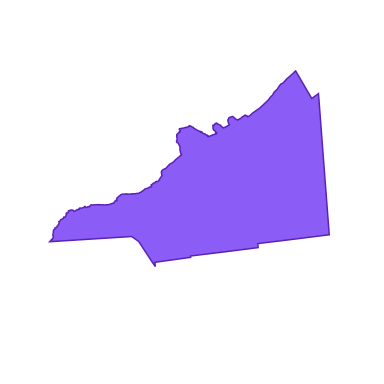 Belgrano, Santa Fe, Argentina, rotated 72°
{"feature_id": "61730980B4652577007654", "entity_name": "Belgrano", "entity_type": "district", "adm_level": 2, "iso_a3": "ARG", "parent_name": "Argentina", "parent_adm1": "Santa Fe", "projection": "equal_earth", "projection_center": [-61.815, -32.699], "detail": "fine", "context": "isolated", "style": "filled", "palette": "violet", "viewbox_px": 384, "rotation_deg": 72, "n_neighbors": 0, "source": "geoboundaries", "source_scale": "gbopen_adm2", "svg_char_len": 6063}
<svg xmlns="http://www.w3.org/2000/svg" viewBox="0 0 384 384"><g transform="rotate(72 192 192)"><path d="M275.1,74.7L193.1,54.8L137.5,41.3L140.1,49.2L108.9,56.0L109.1,56.8L110.0,58.2L113.8,67.1L116.2,71.2L116.5,71.9L116.8,74.2L117.3,75.0L119.2,77.6L120.4,78.8L122.3,82.9L123.7,84.4L124.3,85.0L124.7,85.4L125.9,88.0L127.0,89.5L127.4,90.0L128.3,91.4L133.2,101.9L135.5,109.6L137.2,113.3L137.5,114.5L137.7,115.6L137.4,115.6L137.2,116.0L136.5,116.2L136.3,116.9L135.9,116.9L135.6,117.4L135.4,117.6L135.3,117.9L135.3,118.2L135.5,118.4L135.5,118.8L135.9,119.3L136.0,119.6L136.0,120.7L136.1,121.1L136.7,121.9L136.8,122.6L137.0,122.9L137.1,123.3L137.1,124.1L137.3,124.5L137.5,125.7L137.7,125.9L137.7,126.3L137.3,126.7L137.1,126.8L136.9,127.2L136.3,127.8L135.7,128.2L135.4,128.2L135.0,128.6L132.8,129.9L132.6,130.4L132.7,131.3L132.6,132.6L132.8,133.6L133.0,134.2L133.4,134.5L133.7,134.5L134.2,135.1L134.4,135.5L134.7,135.7L136.6,136.0L137.5,136.0L139.6,135.7L139.9,136.0L139.9,137.3L140.2,137.9L140.3,138.5L140.3,139.2L140.6,140.1L140.6,140.6L140.8,142.2L140.7,142.5L140.0,142.7L139.8,142.9L139.2,143.5L138.7,143.9L138.2,143.9L137.8,144.1L137.5,144.1L137.3,144.3L136.8,144.9L136.6,145.2L135.0,146.6L134.3,147.1L134.1,147.3L133.9,147.6L134.1,148.1L134.4,148.4L134.2,148.7L134.5,149.5L134.7,149.9L135.4,150.6L135.1,151.1L135.0,151.4L135.1,151.6L135.3,151.7L136.1,151.8L136.6,152.0L137.1,152.0L137.8,152.3L139.1,152.4L139.9,152.2L140.7,151.5L141.6,151.0L141.9,150.9L142.6,151.1L142.9,150.6L143.2,150.3L143.8,150.4L144.2,151.1L144.0,151.5L143.9,151.8L144.2,152.3L144.1,152.8L144.1,153.3L144.3,153.7L144.1,154.2L144.1,154.8L144.2,155.3L144.2,155.9L144.4,156.4L144.3,157.5L144.5,158.2L144.5,158.4L144.3,158.5L144.2,158.7L144.2,158.9L144.4,159.3L144.3,159.6L144.1,159.8L143.7,159.5L143.4,159.4L142.9,159.6L142.5,160.1L142.6,160.4L142.4,160.7L141.7,161.2L141.5,161.5L141.0,161.5L140.8,161.7L140.7,162.1L140.0,162.8L139.4,163.7L139.2,163.9L138.4,163.8L138.0,164.2L137.7,164.4L137.6,164.5L137.9,165.1L137.9,165.3L137.7,165.3L137.5,165.1L137.1,165.2L136.7,165.8L136.5,166.3L135.8,166.9L135.7,167.1L135.5,167.4L135.0,167.7L133.7,169.0L133.1,169.4L132.8,169.7L132.5,169.8L131.8,170.7L131.6,170.8L130.9,170.8L130.7,171.1L130.4,171.8L129.5,172.2L129.2,172.6L128.9,173.3L128.2,173.6L128.1,173.9L128.1,174.2L128.6,174.7L128.8,176.0L128.9,177.0L128.6,178.0L128.6,178.7L128.6,179.9L128.6,180.2L128.3,181.7L128.4,182.0L128.3,182.4L128.2,183.3L128.0,183.5L128.0,184.1L128.0,184.4L128.2,184.6L128.5,184.8L129.5,184.3L129.9,184.2L130.0,184.4L130.4,184.5L130.4,185.1L130.5,185.2L130.8,184.8L131.1,184.8L131.3,184.9L131.4,185.9L131.5,186.2L132.0,186.8L132.1,187.1L131.9,187.2L132.2,188.0L132.7,188.7L132.8,188.7L133.1,188.9L133.3,189.0L133.5,188.8L134.0,189.2L134.8,189.5L135.3,189.6L136.2,189.4L136.5,189.5L137.0,189.8L137.3,189.9L138.8,191.0L139.1,191.1L139.9,191.1L140.2,190.8L140.5,190.8L140.7,190.3L140.8,190.2L142.0,189.9L142.7,189.9L143.6,189.6L144.2,189.7L145.0,189.5L146.0,189.6L146.7,189.9L146.9,190.0L147.6,190.3L148.5,190.5L149.5,190.5L150.4,190.7L152.3,190.8L152.7,190.5L153.5,190.4L153.9,192.1L154.6,193.3L155.0,194.6L156.3,197.8L157.8,200.5L158.7,204.6L160.3,207.8L160.9,208.5L161.3,209.5L161.7,210.4L161.6,210.8L161.6,211.5L161.8,212.5L162.3,213.8L163.0,214.6L163.6,215.0L166.6,215.5L167.2,215.5L169.2,218.3L169.9,218.9L171.5,221.1L171.5,221.4L171.3,221.7L171.0,222.4L171.0,223.1L171.0,223.6L171.7,224.2L171.8,224.7L171.7,225.1L171.6,225.7L171.8,226.3L172.3,227.2L172.5,228.3L172.6,228.6L173.2,228.8L174.0,228.7L174.4,228.9L174.5,229.3L174.5,229.5L174.3,230.1L174.2,230.7L174.4,231.9L174.6,232.2L174.7,232.7L174.6,233.8L174.6,234.8L174.6,235.7L174.8,236.3L175.0,236.8L175.3,237.1L175.8,239.0L176.4,240.5L176.3,241.7L176.4,242.0L176.7,242.4L176.8,242.7L176.8,243.1L176.2,245.3L176.1,246.7L175.9,247.1L175.5,248.7L175.5,249.1L175.3,249.4L175.4,249.7L175.0,250.2L175.1,250.5L175.0,251.2L174.8,251.8L174.5,252.6L174.2,253.8L173.8,254.4L173.6,254.6L173.5,255.0L173.7,255.4L173.3,256.0L173.3,256.3L172.5,259.0L172.7,261.0L173.1,261.5L173.5,263.0L174.3,264.6L174.4,265.0L175.1,265.6L175.3,265.8L175.8,266.2L176.0,266.3L176.4,266.0L176.8,266.1L177.0,266.2L176.9,266.4L176.8,266.7L176.7,267.1L176.8,268.0L177.8,269.2L178.2,269.5L178.4,269.8L178.5,270.0L178.2,270.4L178.3,271.2L178.2,272.0L178.3,272.8L178.2,273.5L178.3,273.9L178.4,274.4L178.2,275.7L177.8,276.9L177.6,278.0L177.4,278.6L177.3,279.3L177.0,279.9L176.9,280.0L176.6,280.7L176.5,281.4L176.1,282.2L176.0,282.9L175.4,284.2L175.1,284.4L175.1,284.6L175.1,285.1L174.7,286.3L174.2,288.3L173.9,289.2L173.7,290.7L173.3,291.2L173.0,291.9L173.2,292.6L173.6,293.2L174.3,293.7L174.3,294.1L173.8,295.2L173.9,295.7L174.1,296.1L174.1,297.0L173.7,297.7L172.9,298.0L172.6,298.2L172.7,298.8L173.3,299.6L173.2,300.5L173.3,301.2L173.3,302.0L173.2,302.5L172.6,303.3L172.6,303.8L172.7,304.3L172.9,304.5L173.6,304.5L173.8,304.6L173.6,305.4L173.4,305.7L173.3,306.5L173.3,306.8L173.8,308.3L174.0,309.6L173.9,310.2L173.8,310.4L173.5,310.5L173.0,310.5L172.6,310.8L172.4,311.0L172.0,311.8L171.8,312.3L171.8,313.2L171.7,313.4L172.0,313.6L172.0,314.1L171.7,315.0L171.7,315.3L171.9,315.6L172.6,315.8L173.2,316.1L173.4,316.6L173.2,317.6L173.4,318.3L173.6,318.4L174.3,318.3L174.9,318.6L175.6,319.2L176.6,320.3L176.7,320.5L176.7,320.8L176.6,321.0L176.3,321.4L176.2,321.6L176.6,322.1L177.2,322.4L177.4,322.7L177.6,323.3L177.7,325.3L178.1,325.8L178.7,326.5L178.9,326.8L179.0,327.7L179.2,327.9L179.8,327.8L180.2,327.9L181.0,328.3L181.2,328.5L181.8,329.4L182.5,329.9L182.6,330.1L182.7,330.8L182.8,330.9L183.5,331.3L183.8,331.5L183.9,331.9L183.7,332.8L183.7,333.1L183.8,333.3L184.2,333.6L184.5,333.6L184.9,333.9L185.3,335.2L186.3,336.0L186.9,336.1L187.5,336.3L188.2,336.8L189.0,337.1L189.2,337.3L190.0,337.4L190.5,337.8L191.3,337.6L191.7,337.7L192.6,338.2L193.3,339.2L193.8,339.4L194.1,339.6L194.1,339.9L193.8,340.4L193.9,340.6L194.8,341.3L194.9,342.1L195.3,342.7L215.7,263.1L222.6,258.0L244.3,252.1L251.6,249.9L247.4,249.0L253.7,213.5L252.4,213.2L260.4,172.2L265.3,146.3L261.4,145.3L266.4,119.9L275.1,74.7Z" fill="#8b5cf6" stroke="#5b21b6" stroke-width="1.5"/></g></svg>